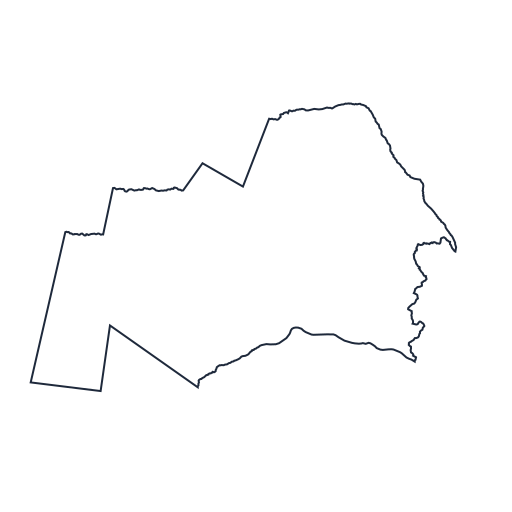 San Carlos, Mendoza, Argentina (Albers equal-area conic projection), rotated 192°
{"feature_id": "61730980B94822321270328", "entity_name": "San Carlos", "entity_type": "district", "adm_level": 2, "iso_a3": "ARG", "parent_name": "Argentina", "parent_adm1": "Mendoza", "projection": "albers", "projection_center": [-69.724, -34.081], "detail": "fine", "context": "isolated", "style": "outline", "palette": "slate", "viewbox_px": 512, "rotation_deg": 192, "n_neighbors": 0, "source": "geoboundaries", "source_scale": "gbopen_adm2", "svg_char_len": 5988}
<svg xmlns="http://www.w3.org/2000/svg" viewBox="0 0 512 512"><g transform="rotate(192 256 256)"><path d="M450.1,85.5L379.9,91.6L384.4,157.7L285.7,115.5L285.9,116.4L285.4,117.5L285.8,119.2L285.5,120.3L286.2,122.2L285.9,123.0L284.8,124.1L283.8,124.4L283.2,125.4L281.5,126.7L279.8,129.2L279.4,129.2L277.9,130.1L278.0,130.7L277.0,131.5L275.8,131.8L275.0,132.8L274.4,132.9L274.2,133.7L272.9,133.6L272.4,133.8L271.5,135.1L271.7,136.1L271.3,137.5L271.2,139.1L269.8,140.7L268.8,141.6L268.2,141.6L267.2,142.1L264.8,142.5L263.8,143.3L261.8,144.0L260.2,145.6L258.8,146.2L257.8,147.5L256.3,148.1L255.8,148.5L255.6,149.0L254.1,149.7L251.8,151.4L250.6,152.5L249.4,154.5L248.4,155.2L245.6,156.2L243.9,157.5L243.0,158.3L241.6,161.0L240.4,162.0L240.5,162.6L240.2,163.1L238.7,163.6L238.2,164.7L236.9,165.3L235.7,166.8L234.7,167.3L233.6,168.9L232.0,170.0L227.5,172.0L223.6,172.5L218.3,173.8L215.3,175.5L209.2,182.0L207.1,186.4L206.7,187.9L206.4,190.5L205.7,192.2L204.2,193.5L202.3,194.3L199.9,194.7L196.4,194.3L193.9,192.8L191.6,191.9L185.3,190.7L183.3,190.9L170.4,194.1L164.0,195.4L161.7,195.1L158.4,193.7L151.9,191.6L144.0,191.0L141.1,191.1L137.1,191.6L134.8,192.3L133.4,193.0L130.4,192.9L127.8,194.5L125.9,194.4L123.1,193.4L120.8,192.4L118.8,191.0L114.9,190.3L112.4,190.5L106.8,192.3L103.9,193.0L102.0,193.1L95.2,191.9L93.3,191.2L87.7,188.0L84.9,187.3L82.4,187.0L78.8,185.7L79.0,187.1L78.4,187.6L78.4,190.2L78.9,190.5L79.6,190.5L81.5,191.1L81.3,191.5L81.8,192.5L82.9,193.4L84.3,193.9L85.2,196.1L85.1,197.6L85.6,199.6L86.5,199.8L88.1,200.8L88.1,201.7L88.4,202.6L88.2,203.1L87.2,204.0L86.7,204.2L86.4,204.8L84.4,206.6L83.6,208.7L82.0,209.1L80.5,210.2L80.0,211.5L80.0,213.7L79.5,214.6L79.9,215.9L79.3,217.2L77.9,218.5L77.9,220.6L76.8,222.3L76.9,222.8L78.0,224.3L78.6,224.8L79.5,225.0L80.8,225.8L82.0,226.0L82.5,225.7L83.4,224.0L83.5,223.3L84.4,222.5L85.2,222.3L88.7,222.4L88.5,223.0L88.8,224.8L89.3,225.8L90.7,227.3L91.0,228.9L91.7,230.2L91.6,232.5L92.1,233.5L92.2,234.4L96.1,235.5L96.3,236.7L95.4,238.3L93.1,241.4L91.3,242.4L90.6,243.9L90.1,246.6L88.8,248.1L89.6,249.8L89.8,250.7L90.3,251.5L91.2,251.9L93.9,252.5L93.5,254.0L93.4,256.9L92.9,257.3L91.6,259.2L89.3,260.0L87.5,261.4L87.8,262.8L88.4,263.9L88.4,264.5L87.3,265.3L86.9,266.1L85.2,267.2L85.0,268.0L84.4,268.8L84.8,269.9L85.5,270.4L85.5,271.6L87.6,271.7L89.1,273.4L89.2,273.8L91.1,275.0L92.6,276.6L93.1,276.7L93.5,277.7L93.8,277.8L93.3,278.4L93.8,279.3L94.8,279.4L95.7,279.9L97.0,281.4L97.7,281.7L98.7,283.9L100.7,286.3L100.8,286.9L101.3,287.9L101.3,288.6L102.0,289.9L102.0,290.8L101.3,291.7L101.5,293.0L101.0,293.5L100.9,294.6L99.9,294.9L100.0,296.2L100.8,297.0L100.0,300.0L100.1,300.7L99.6,300.9L99.6,301.3L97.5,300.9L95.8,301.5L95.0,302.3L94.9,303.4L94.4,303.8L93.8,303.4L93.1,303.6L92.1,303.4L91.8,303.8L91.3,303.7L90.6,303.9L88.8,303.7L88.1,305.0L87.5,305.0L87.0,305.7L85.9,305.4L85.7,306.1L84.6,306.6L83.0,306.5L81.8,305.8L81.3,306.1L79.0,306.2L78.4,307.4L78.7,311.6L77.5,312.6L76.1,313.4L74.1,312.6L73.7,312.0L73.1,311.7L72.7,311.1L72.2,311.2L70.0,310.1L69.1,310.2L68.7,307.9L67.7,307.3L65.9,304.6L62.7,302.0L61.9,301.8L62.1,306.2L63.7,309.0L64.0,310.4L67.7,315.4L69.0,316.7L69.8,316.9L70.2,317.6L71.7,318.7L72.0,319.3L74.4,321.2L76.4,323.2L77.1,325.1L78.0,326.1L78.8,326.4L79.7,327.3L82.1,328.1L82.5,329.0L83.0,329.5L84.1,329.8L84.3,330.4L86.0,331.2L86.2,331.9L87.6,332.7L88.0,333.6L89.5,334.5L89.8,335.0L91.6,336.5L94.5,338.7L98.4,340.9L100.5,342.7L101.0,342.8L102.7,344.5L103.3,346.0L104.1,347.1L104.2,348.6L105.1,349.6L104.8,350.2L105.7,352.0L105.6,353.0L106.6,354.4L106.4,355.4L106.7,356.2L106.8,358.7L107.0,359.8L107.8,361.5L109.9,363.1L111.3,364.8L117.2,364.5L121.4,365.3L122.5,366.7L124.7,367.0L126.5,368.6L127.6,369.1L127.7,369.7L128.6,371.2L132.6,373.8L133.9,375.4L135.6,376.3L137.4,376.9L138.6,379.0L140.4,380.1L140.7,380.7L142.3,381.6L142.4,383.1L144.0,384.1L144.7,384.8L144.7,385.4L145.5,385.8L146.3,386.5L146.9,388.2L146.8,389.1L147.9,391.9L149.1,393.0L150.6,393.6L152.2,396.3L152.8,396.6L154.0,398.4L156.3,399.4L158.1,400.6L158.7,401.6L159.0,403.8L159.6,404.8L160.4,406.1L161.7,406.7L163.3,410.1L164.5,410.5L165.7,411.7L166.9,412.4L168.0,415.1L169.6,416.1L171.2,418.5L174.0,421.6L174.9,421.8L176.6,423.9L178.9,424.4L179.6,425.4L182.5,426.0L184.8,426.0L185.6,426.5L186.7,426.3L188.8,425.3L190.0,425.5L191.2,424.7L192.5,424.8L193.0,424.6L194.8,424.9L196.4,424.4L196.8,424.6L199.3,423.7L200.1,423.7L202.1,422.4L203.7,422.0L205.0,421.3L206.7,420.7L209.6,418.7L212.1,416.2L212.7,416.1L213.7,416.4L216.1,415.9L217.4,416.0L221.7,413.5L225.1,412.4L229.6,412.0L235.3,409.2L237.5,408.8L239.1,409.5L241.6,409.5L242.9,408.7L243.6,408.7L244.8,408.0L246.8,407.5L248.1,406.2L249.7,405.9L250.4,405.2L251.1,405.0L253.3,405.4L254.0,405.1L254.2,403.1L254.4,402.3L255.6,402.9L256.3,402.9L258.5,401.7L259.0,400.5L261.2,399.7L261.6,399.3L260.8,397.1L261.1,396.7L261.7,396.3L261.8,395.5L262.4,394.6L263.2,393.8L264.1,393.6L265.7,393.9L267.3,393.3L268.9,393.6L270.0,393.0L271.7,393.0L283.2,321.2L327.6,335.6L340.9,305.0L342.4,304.5L343.1,304.9L344.3,305.1L345.0,304.8L345.9,304.9L347.3,305.9L349.8,306.1L350.5,305.7L350.6,304.7L350.9,304.4L352.6,304.3L353.8,303.1L355.1,303.1L356.5,302.5L357.1,301.5L359.1,301.2L360.5,300.5L362.0,300.4L364.6,299.3L367.6,299.4L369.2,300.4L371.7,300.9L373.4,299.4L374.2,299.1L376.4,299.4L377.0,299.1L378.9,299.3L379.9,299.0L380.2,297.6L381.3,297.0L383.1,296.6L384.3,296.8L386.2,295.5L386.9,295.5L388.6,294.7L391.8,295.4L394.0,294.6L394.9,293.5L395.3,292.6L396.2,292.0L397.5,292.1L398.0,292.4L398.9,293.6L399.8,294.0L401.3,293.5L402.9,293.6L406.4,292.2L408.6,293.2L410.0,292.7L410.0,245.3L411.0,245.2L412.1,244.6L414.1,245.2L415.1,245.2L416.7,244.1L417.5,244.0L418.5,244.3L421.9,243.2L424.1,241.7L426.0,242.2L426.6,241.9L426.6,241.3L426.8,240.8L427.5,240.5L428.2,240.5L430.7,241.8L431.8,241.4L432.9,240.1L434.0,239.9L435.5,240.3L438.2,239.7L438.5,239.3L439.7,239.0L441.0,239.6L441.9,239.7L442.5,239.4L444.2,240.5L445.6,240.1L446.5,240.3L447.5,239.7L450.1,85.5Z" fill="none" stroke="#1e293b" stroke-width="2"/></g></svg>